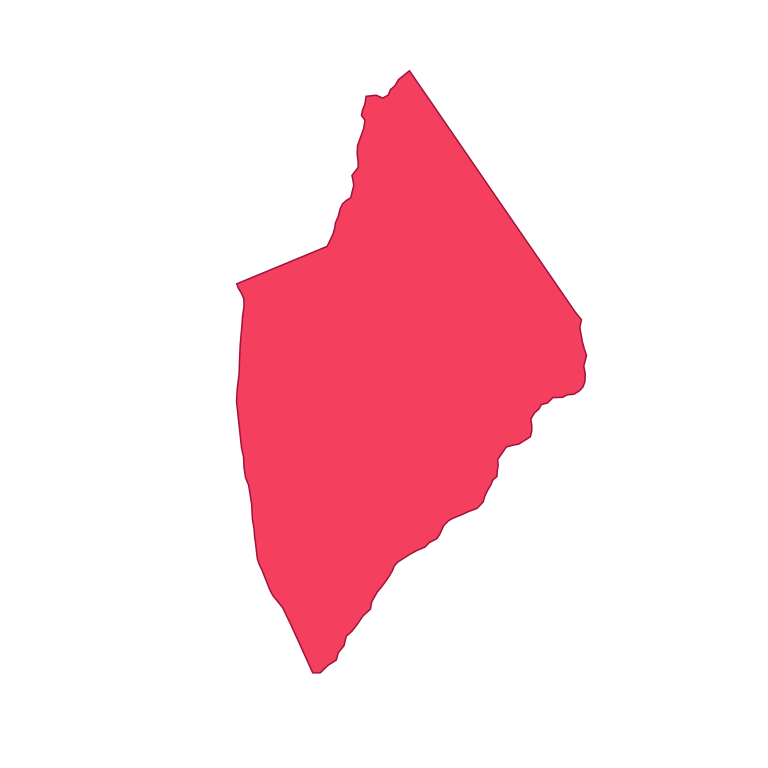 outline of Pureza, Rio Grande do Norte, Brazil, rotated 298°
{"feature_id": "56859067B14620610310527", "entity_name": "Pureza", "entity_type": "district", "adm_level": 2, "iso_a3": "BRA", "parent_name": "Brazil", "parent_adm1": "Rio Grande do Norte", "projection": "albers", "projection_center": [-35.595, -5.407], "detail": "fine", "context": "isolated", "style": "filled", "palette": "rose", "viewbox_px": 768, "rotation_deg": 298, "n_neighbors": 0, "source": "geoboundaries", "source_scale": "gbopen_adm2", "svg_char_len": 1873}
<svg xmlns="http://www.w3.org/2000/svg" viewBox="0 0 768 768"><g transform="rotate(298 384 384)"><path d="M125.1,469.8L134.2,471.5L143.6,469.1L150.5,471.7L158.3,473.1L164.4,473.8L169.4,474.3L178.8,477.7L186.1,475.4L197.0,475.7L204.5,477.2L209.4,478.0L216.2,478.8L222.7,479.1L228.2,478.5L233.2,479.7L238.7,482.8L245.3,486.5L252.8,491.4L259.2,496.7L265.4,498.5L272.0,503.2L277.0,503.8L287.1,503.2L293.7,505.2L297.6,507.7L305.0,513.9L310.8,518.3L317.8,524.5L326.2,526.9L332.4,525.7L338.8,525.4L344.3,525.7L350.6,525.2L355.3,527.2L360.3,524.9L365.8,523.0L370.7,519.8L380.4,521.0L385.7,521.5L390.8,526.9L394.1,531.1L399.3,534.1L406.0,538.0L411.5,536.7L416.2,534.3L422.0,530.1L429.1,530.4L434.4,532.5L439.8,532.7L444.0,537.3L451.3,539.6L456.1,548.0L460.5,550.9L464.0,556.4L470.0,559.9L475.0,561.1L480.4,560.3L487.5,556.9L493.6,552.0L504.3,549.4L509.3,544.1L514.5,539.3L522.3,533.1L526.2,530.2L533.4,528.2L537.2,519.3L567.2,461.7L606.8,385.5L610.8,377.9L624.0,352.6L632.6,336.1L655.7,291.8L672.5,259.4L659.7,253.9L652.1,253.6L647.0,251.5L641.1,252.1L635.9,248.7L635.3,241.5L629.6,233.1L622.2,235.7L615.6,236.5L610.5,238.0L608.0,243.4L599.7,246.2L591.8,247.3L582.1,248.7L574.5,252.3L569.3,256.0L563.2,259.5L553.1,257.8L548.8,261.3L544.9,264.2L539.1,265.5L532.9,267.2L528.7,264.7L523.7,262.8L518.2,263.0L510.5,264.9L503.3,265.5L498.5,267.3L492.3,268.6L485.1,268.9L478.9,269.2L403.3,206.9L400.0,210.7L397.4,215.2L393.5,220.2L386.9,223.9L377.2,227.4L369.9,230.7L351.8,238.3L337.9,244.9L324.7,251.4L311.0,256.6L299.3,262.0L260.4,288.4L253.4,294.4L244.1,299.9L236.3,305.7L231.1,312.0L221.9,318.9L215.4,323.8L203.3,331.0L194.6,337.6L188.6,341.3L182.4,345.8L170.4,354.1L166.1,358.6L162.2,363.9L148.6,379.9L145.0,385.2L141.8,392.8L138.9,399.6L133.2,407.3L128.9,413.3L95.5,456.7L99.0,463.3L109.0,466.5L118.0,471.5L125.1,469.8Z" fill="#f43f5e" stroke="#9f1239" stroke-width="1.5"/></g></svg>